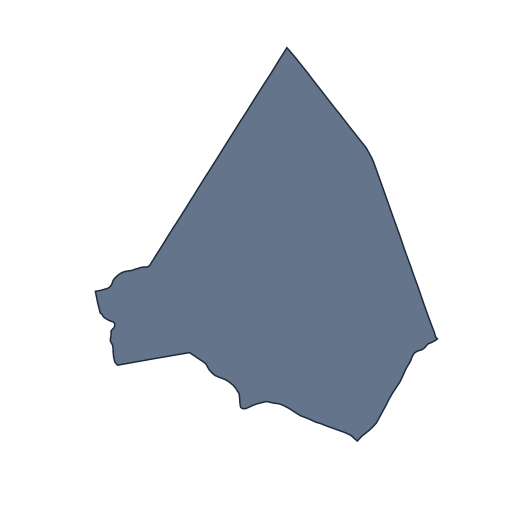 outline of Dujis, North-Eastern, Kenya, rotated 350°
{"feature_id": "3690345B59068653601742", "entity_name": "Dujis", "entity_type": "district", "adm_level": 2, "iso_a3": "KEN", "parent_name": "Kenya", "parent_adm1": "North-Eastern", "projection": "mercator", "projection_center": [39.729, -0.425], "detail": "fine", "context": "isolated", "style": "filled", "palette": "slate", "viewbox_px": 512, "rotation_deg": 350, "n_neighbors": 0, "source": "geoboundaries", "source_scale": "gbopen_adm2", "svg_char_len": 3649}
<svg xmlns="http://www.w3.org/2000/svg" viewBox="0 0 512 512"><g transform="rotate(350 256 256)"><path d="M91.7,262.9L91.9,273.9L92.7,285.2L93.8,286.2L94.5,287.3L94.8,288.5L95.4,289.5L96.1,290.4L97.0,291.3L97.8,292.0L99.0,293.1L100.3,294.1L101.4,294.8L102.4,295.3L103.9,296.1L104.8,297.4L104.9,298.5L104.9,299.7L104.3,301.0L103.5,302.1L102.4,302.9L101.0,303.9L100.1,305.0L99.9,306.3L99.8,307.5L99.6,308.7L99.0,310.3L98.6,311.4L98.3,312.3L97.9,313.6L97.9,314.9L98.3,316.2L98.9,317.8L99.2,319.0L99.3,320.3L99.2,321.6L99.1,323.1L98.8,324.5L98.6,325.8L98.5,327.5L98.4,328.9L98.3,329.8L98.3,331.4L98.3,333.3L98.5,334.9L98.7,336.0L99.4,337.4L100.1,338.7L100.8,339.5L137.3,339.4L173.8,339.6L175.1,340.9L176.4,342.1L179.8,345.4L183.3,348.8L184.5,349.9L185.7,351.1L186.9,352.5L188.1,353.9L188.6,355.6L189.2,357.3L189.7,358.8L190.3,360.2L191.3,361.8L192.2,363.3L193.6,365.0L195.0,366.7L196.8,367.8L198.6,369.0L201.5,370.7L204.4,372.5L206.2,374.1L208.1,375.8L209.6,377.7L211.2,379.5L212.1,381.2L213.1,382.8L213.8,384.6L214.5,386.4L214.9,387.4L215.5,388.7L215.4,389.9L215.3,391.0L215.1,393.3L215.0,395.2L214.7,396.9L214.6,398.7L214.6,399.9L214.5,401.2L214.7,402.4L215.4,403.3L216.4,403.9L217.8,404.4L219.4,404.5L221.5,404.0L223.3,403.6L225.1,403.1L226.9,402.6L229.4,402.1L231.8,401.7L235.5,401.5L239.2,401.2L240.7,401.2L242.0,401.5L243.6,402.1L245.1,402.8L246.6,403.5L248.2,404.0L250.3,404.7L252.5,405.4L253.4,405.8L254.4,406.3L255.3,406.8L256.1,407.4L257.4,408.3L258.8,409.3L260.1,410.3L261.4,411.3L262.4,412.2L263.3,413.0L264.6,414.2L265.8,415.3L266.7,416.2L267.7,417.1L269.9,419.1L272.2,421.1L273.1,421.7L276.4,423.6L279.3,425.4L282.7,427.7L286.3,430.2L288.0,431.0L289.3,431.6L290.8,432.4L292.2,433.3L294.8,434.9L297.4,436.5L301.6,438.8L305.8,441.3L308.1,442.6L310.5,443.9L312.0,444.8L313.4,445.7L315.1,446.9L316.8,448.0L317.8,448.7L318.7,449.6L319.8,451.0L320.9,452.5L321.7,453.5L322.6,454.5L323.6,455.8L329.4,451.5L333.2,449.5L337.1,447.4L341.5,444.5L345.5,441.4L358.3,425.4L361.7,420.7L366.5,414.9L376.0,404.9L380.5,398.5L383.1,394.6L385.5,391.4L389.7,386.7L392.4,382.2L394.9,379.2L398.5,377.7L403.3,377.1L406.1,375.7L409.8,372.6L413.9,371.6L417.2,370.6L420.3,369.2L418.8,366.6L418.3,361.7L417.1,355.8L415.6,347.6L413.4,335.0L410.3,315.3L407.4,298.9L406.9,295.1L404.0,279.2L400.9,259.2L397.4,239.1L394.1,219.2L391.4,203.1L388.0,183.3L386.9,179.1L383.3,168.5L379.2,161.1L369.6,143.2L362.2,129.1L360.0,125.3L349.4,105.2L341.8,90.9L339.2,85.7L329.5,67.9L322.6,56.2L318.4,60.9L317.6,61.8L312.2,67.7L311.5,68.5L309.5,70.7L306.1,74.6L302.3,78.9L292.5,89.4L281.4,101.5L271.5,112.6L263.7,120.9L253.4,132.3L244.1,142.5L241.5,145.5L233.8,154.0L223.3,165.5L220.0,169.0L218.0,171.3L217.3,172.1L216.5,172.9L214.5,175.2L212.2,177.7L211.5,178.4L210.2,179.9L204.4,186.5L203.5,187.4L200.9,190.2L196.2,195.5L195.5,196.4L194.6,197.3L192.8,199.3L192.0,200.1L191.2,201.0L189.2,203.3L186.3,206.4L185.3,207.5L183.6,209.4L182.5,210.6L181.4,211.7L179.2,214.0L178.4,214.9L177.7,215.8L176.9,216.7L176.1,217.5L174.3,219.5L172.0,222.0L166.2,228.6L160.3,235.0L159.6,235.8L157.5,238.0L153.8,242.3L152.3,243.8L151.4,244.8L150.8,245.6L149.7,246.8L147.7,247.8L146.2,247.8L143.9,247.4L142.9,247.3L141.5,247.3L140.1,247.3L138.9,247.5L137.1,247.8L135.6,248.0L134.4,248.0L133.5,248.2L132.3,248.5L131.2,248.7L129.9,248.6L128.6,248.5L125.8,248.5L124.7,248.5L123.4,248.6L122.3,248.8L121.0,249.1L119.3,249.7L118.4,250.1L116.4,251.1L115.4,251.7L113.4,253.1L112.6,253.7L111.7,254.5L110.7,255.8L110.0,257.2L109.2,258.4L108.6,259.3L107.8,260.1L106.9,260.9L105.0,261.9L103.3,262.2L102.3,262.3L100.5,262.5L99.5,262.6L97.3,262.9L91.7,262.9Z" fill="#64748b" stroke="#1e293b" stroke-width="1.5"/></g></svg>